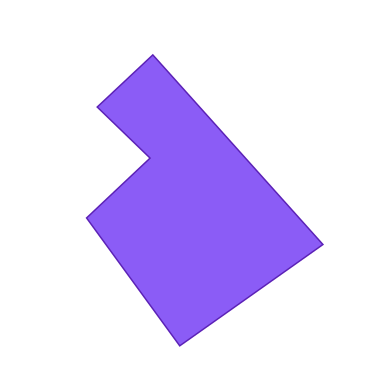 Suhag City, Suhaj, Egypt, rotated 162°
{"feature_id": "37247803B45887361748458", "entity_name": "Suhag City", "entity_type": "district", "adm_level": 2, "iso_a3": "EGY", "parent_name": "Egypt", "parent_adm1": "Suhaj", "projection": "orthographic", "projection_center": [31.655, 26.477], "detail": "fine", "context": "isolated", "style": "filled", "palette": "violet", "viewbox_px": 384, "rotation_deg": 162, "n_neighbors": 0, "source": "geoboundaries", "source_scale": "gbopen_adm2", "svg_char_len": 253}
<svg xmlns="http://www.w3.org/2000/svg" viewBox="0 0 384 384"><g transform="rotate(162 192 192)"><path d="M255.9,302.1L221.4,237.2L300.3,199.9L251.2,49.5L83.7,101.6L186.9,334.5L255.9,302.1Z" fill="#8b5cf6" stroke="#5b21b6" stroke-width="1.5"/></g></svg>